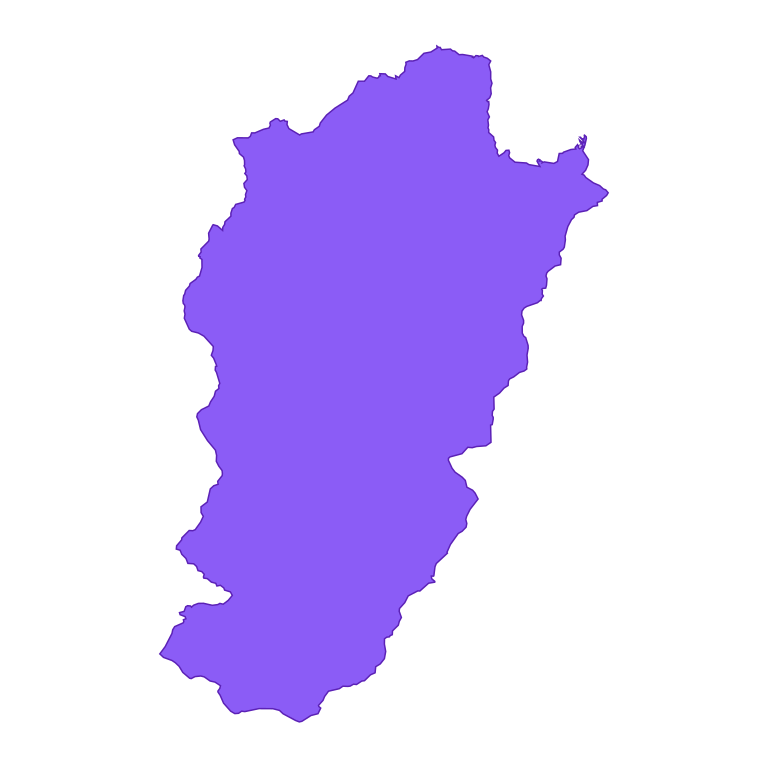 Salistea De Sus, Maramures, Romania
{"feature_id": "2599482B82116466406118", "entity_name": "Salistea De Sus", "entity_type": "district", "adm_level": 2, "iso_a3": "ROU", "parent_name": "Romania", "parent_adm1": "Maramures", "projection": "equal_earth", "projection_center": [24.362, 47.631], "detail": "fine", "context": "isolated", "style": "filled", "palette": "violet", "viewbox_px": 768, "rotation_deg": 0, "n_neighbors": 0, "source": "geoboundaries", "source_scale": "gbopen_adm2", "svg_char_len": 6077}
<svg xmlns="http://www.w3.org/2000/svg" viewBox="0 0 768 768"><path d="M301.9,721.3L311.0,715.5L318.0,713.7L320.7,708.1L318.8,706.5L318.5,705.4L323.0,700.4L324.6,696.5L328.5,691.2L339.3,688.7L342.9,686.2L347.9,686.4L350.2,686.1L353.5,684.2L356.5,684.5L361.7,681.1L364.5,680.7L370.5,674.8L375.1,672.8L375.7,666.7L380.3,663.9L384.4,658.7L385.7,651.5L384.4,644.1L384.5,638.8L386.7,637.2L389.5,636.8L390.1,635.6L392.3,634.7L392.5,630.9L398.3,625.2L399.3,621.3L401.4,617.5L399.2,611.3L399.5,608.5L404.8,602.6L408.2,595.9L417.8,590.9L419.9,591.0L428.6,583.2L434.7,582.2L434.8,581.4L431.7,578.7L431.3,576.1L433.6,576.1L433.9,575.4L435.0,566.7L436.3,563.5L447.4,553.2L447.0,552.2L450.4,544.5L458.2,533.5L462.1,531.3L466.1,527.2L466.8,523.5L465.8,519.4L466.7,516.1L470.1,509.3L478.1,499.0L475.1,493.1L472.6,490.2L466.9,487.2L465.3,480.4L462.2,477.2L455.1,472.2L452.1,468.3L448.4,460.3L448.5,458.3L450.0,456.9L462.0,453.7L467.8,447.3L472.2,447.7L476.6,446.5L485.9,445.8L491.0,442.3L490.6,425.1L492.2,424.6L493.2,419.2L493.2,417.3L492.2,415.4L492.5,411.4L494.1,409.1L493.8,397.1L499.6,393.0L504.0,388.1L508.1,385.5L508.5,380.6L509.8,378.8L513.7,376.9L519.5,372.4L524.1,371.0L526.8,369.0L526.6,367.2L527.6,362.1L527.0,355.1L528.2,348.3L528.1,345.4L525.7,337.6L523.9,336.3L522.3,333.2L522.2,326.4L523.6,323.2L523.6,320.3L521.6,314.9L522.0,311.1L524.1,308.1L526.8,306.4L537.5,302.7L540.1,300.5L541.1,300.5L541.4,298.7L543.4,296.0L542.2,294.2L542.4,290.5L541.7,289.3L542.5,288.5L545.7,288.1L546.5,285.2L547.0,278.8L546.0,276.0L546.7,273.1L548.1,271.3L555.1,266.0L560.6,264.7L561.1,258.2L559.3,254.9L559.3,252.1L563.2,249.1L564.3,247.2L565.4,239.8L565.1,236.2L567.8,226.6L571.5,219.6L574.0,217.3L574.5,214.9L578.7,212.2L586.9,210.6L592.9,206.4L597.5,205.6L597.3,202.4L602.1,201.0L602.1,199.2L606.6,195.5L608.2,192.8L605.7,189.8L603.4,189.0L599.7,185.6L593.4,182.9L585.8,177.5L584.1,175.1L582.0,174.2L585.6,170.3L588.0,164.9L588.5,159.6L582.7,150.8L584.9,145.1L586.4,138.4L586.2,136.7L584.0,134.7L584.6,135.9L583.9,139.0L581.6,138.7L580.6,137.3L580.0,137.3L583.8,141.3L584.0,142.7L582.8,142.9L582.6,142.0L582.1,142.5L579.5,140.1L580.0,141.8L580.8,141.7L580.9,143.1L581.6,142.9L580.9,143.9L582.1,143.7L582.4,146.0L582.8,145.6L583.7,147.0L581.3,146.5L581.7,147.7L579.5,148.7L578.4,147.6L578.8,145.6L577.9,145.7L577.5,144.7L575.2,147.4L575.8,149.0L570.9,149.5L563.5,152.2L562.6,153.3L559.2,153.5L557.5,161.5L553.9,163.4L544.2,161.9L542.2,162.7L542.5,162.0L541.3,161.0L539.5,161.0L540.0,160.3L539.8,159.1L539.6,160.0L538.6,159.2L537.6,159.7L537.0,161.1L539.9,166.5L528.9,164.6L526.5,163.0L515.0,162.2L509.6,157.8L508.7,155.5L509.6,152.7L508.9,150.2L506.0,150.4L504.0,152.8L498.9,156.2L497.2,153.1L497.5,150.1L495.4,147.4L494.9,145.1L495.6,142.6L494.0,140.2L493.6,136.9L488.7,132.5L488.8,129.7L488.0,127.8L488.5,125.1L487.8,119.9L489.4,116.9L487.1,111.7L488.3,108.8L489.0,104.4L488.7,101.5L487.7,101.7L486.6,100.4L489.8,97.7L491.2,93.8L490.6,87.9L492.0,83.3L490.7,79.0L490.7,71.8L488.8,64.7L490.7,61.0L487.4,58.3L483.7,57.0L482.3,55.4L478.6,56.5L478.1,55.8L475.9,55.6L473.7,57.8L472.3,57.1L472.8,56.4L471.5,56.0L462.6,54.5L459.1,54.7L454.7,51.1L452.5,50.8L450.5,49.1L441.5,49.7L440.2,47.4L438.8,47.4L436.9,46.1L437.1,48.1L430.9,52.0L423.9,53.3L417.5,59.6L413.0,61.0L409.2,60.9L405.8,62.3L406.1,64.2L404.9,67.6L404.7,71.4L400.4,75.1L399.0,77.6L395.6,75.8L396.0,79.0L387.8,76.5L385.3,73.9L379.8,73.7L380.3,75.8L379.1,76.0L378.6,77.4L377.2,78.2L372.5,77.0L370.9,75.9L368.8,75.8L364.5,81.2L358.3,81.2L353.0,92.9L349.2,96.2L347.6,100.1L335.1,108.0L326.6,115.0L320.3,123.0L319.3,126.3L314.4,129.7L313.1,131.9L301.4,133.9L299.7,135.0L288.9,128.6L287.0,124.6L287.3,121.4L284.9,121.1L284.1,119.9L280.3,121.3L277.8,118.8L275.7,118.6L270.3,122.0L269.9,123.3L270.4,125.2L269.0,128.0L263.4,129.3L254.9,132.9L251.6,132.9L250.3,136.4L248.2,137.9L237.4,137.8L233.1,139.8L234.6,144.8L239.2,151.4L239.4,153.6L243.5,157.1L244.5,160.5L244.6,164.7L244.1,165.8L245.6,168.9L245.9,171.9L244.8,173.5L246.8,175.8L247.3,179.5L243.9,183.4L244.5,187.3L246.9,190.6L245.5,194.5L245.8,197.0L244.6,199.2L245.1,200.3L244.0,202.1L235.7,204.4L234.1,207.5L232.4,208.5L230.9,213.1L230.9,216.2L225.0,221.7L224.6,224.5L222.8,227.3L222.6,230.4L217.4,225.9L213.2,224.7L212.7,225.2L208.6,233.2L209.1,239.0L208.7,241.1L200.9,249.0L201.1,252.1L198.6,255.4L198.7,256.3L200.1,256.7L199.9,258.0L201.9,259.4L202.0,267.5L199.5,276.1L197.4,277.1L195.9,279.3L190.1,283.5L189.4,286.1L185.6,290.3L184.6,294.4L183.7,295.4L182.9,300.7L183.3,303.5L184.5,304.8L185.0,306.8L184.2,310.9L185.0,314.2L184.3,318.2L189.3,329.2L191.7,331.3L198.4,333.0L204.0,336.2L213.3,346.5L213.0,350.5L211.3,355.3L213.6,358.1L216.3,364.7L216.7,366.2L215.5,366.5L215.2,370.1L216.5,372.4L219.8,383.4L218.6,385.7L218.9,388.5L215.5,391.2L214.2,396.3L210.5,401.9L208.8,406.0L201.4,409.7L197.5,413.6L196.8,416.9L198.3,420.1L200.6,429.7L207.5,440.6L215.4,450.1L216.6,455.4L216.3,461.3L218.7,466.0L222.1,470.6L222.4,473.8L222.2,475.6L217.7,481.3L218.1,484.3L213.8,485.7L210.3,488.9L207.3,502.0L201.0,506.8L201.1,512.6L203.3,516.3L200.6,522.1L195.2,529.7L192.8,530.7L189.2,530.5L181.9,537.8L181.6,539.9L176.6,545.8L176.3,549.1L180.1,550.2L181.8,554.3L186.0,558.5L187.9,563.4L193.7,563.8L196.6,566.5L198.0,570.6L201.8,571.6L204.2,574.3L203.4,577.0L203.8,578.1L207.3,578.6L211.3,582.1L215.8,583.3L216.9,586.0L220.4,585.3L223.8,587.9L224.6,590.1L230.4,591.9L232.3,595.4L228.3,600.3L223.2,604.2L219.9,603.4L217.8,604.6L212.3,605.3L203.5,603.3L198.3,603.4L193.6,605.2L191.5,607.2L190.6,606.0L187.6,605.7L185.8,606.7L184.1,611.4L179.5,612.6L180.1,614.7L185.1,616.6L185.9,618.8L183.4,619.7L183.8,621.7L183.1,622.9L174.7,626.6L172.7,629.8L172.0,633.4L165.2,646.6L159.8,653.9L163.5,657.4L172.0,660.5L175.3,662.7L179.1,666.3L182.8,672.4L189.6,678.2L191.2,678.6L195.0,676.6L200.8,676.0L204.3,676.9L210.1,681.0L215.0,682.1L220.5,685.7L219.8,688.4L217.9,691.1L218.0,692.1L220.1,695.2L223.6,703.2L230.7,711.2L234.8,713.6L238.6,713.3L241.6,711.2L244.8,711.6L259.0,708.6L272.9,708.7L279.5,710.4L283.1,713.8L295.6,720.5L299.3,721.9L301.9,721.3Z" fill="#8b5cf6" stroke="#5b21b6" stroke-width="1.5"/></svg>